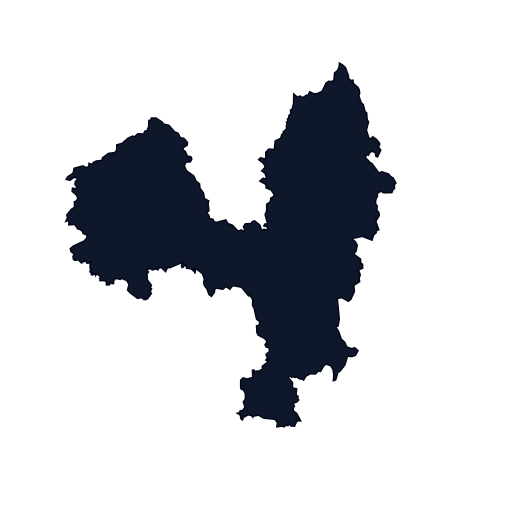 Myitkyina, Kachin, Myanmar, rotated 334°
{"feature_id": "60261553B87045265182451", "entity_name": "Myitkyina", "entity_type": "district", "adm_level": 2, "iso_a3": "MMR", "parent_name": "Myanmar", "parent_adm1": "Kachin", "projection": "albers", "projection_center": [97.226, 25.827], "detail": "fine", "context": "isolated", "style": "filled", "palette": "ink", "viewbox_px": 512, "rotation_deg": 334, "n_neighbors": 0, "source": "geoboundaries", "source_scale": "gbopen_adm2", "svg_char_len": 6138}
<svg xmlns="http://www.w3.org/2000/svg" viewBox="0 0 512 512"><g transform="rotate(334 256 256)"><path d="M273.3,402.3L278.9,396.2L280.7,396.5L288.1,392.9L294.3,386.2L298.0,388.4L301.8,388.9L306.2,385.8L304.4,381.6L301.5,381.4L297.7,377.5L297.9,372.4L296.2,368.1L297.2,359.8L296.5,354.6L299.0,354.9L303.2,349.2L310.4,329.9L314.8,330.9L319.2,337.2L322.3,336.5L328.8,331.1L331.1,325.3L337.9,324.5L338.9,321.4L341.5,318.5L342.0,313.5L346.6,313.7L348.1,310.1L347.1,308.2L348.6,304.6L344.7,297.1L348.1,295.4L351.7,290.8L351.6,286.8L349.7,282.4L360.1,284.9L367.2,292.6L370.9,288.7L374.2,287.8L375.1,286.1L377.9,286.2L378.8,277.4L384.5,273.7L385.5,271.1L384.8,267.6L386.9,264.2L386.3,261.5L388.3,257.9L391.6,255.3L391.3,254.2L393.1,252.9L396.6,252.5L398.5,255.2L405.9,258.6L408.8,256.0L410.0,256.2L411.6,252.6L413.7,251.8L413.5,245.8L412.1,244.3L411.1,240.4L405.9,235.3L402.9,235.5L400.9,224.3L400.1,222.4L398.5,222.3L399.2,220.4L397.5,216.2L399.1,213.1L401.2,214.7L404.1,212.6L406.7,213.1L408.5,215.8L407.5,219.0L408.7,220.3L414.6,215.4L413.7,211.3L415.5,210.8L416.5,209.0L415.5,204.1L413.2,200.0L411.1,200.9L409.1,200.0L410.4,191.3L416.0,184.7L415.7,182.2L418.2,175.9L417.3,174.1L418.8,166.8L417.8,164.4L418.6,157.1L420.5,155.3L421.6,152.0L421.6,149.3L419.2,143.7L420.2,140.4L418.4,139.9L416.9,137.5L418.1,134.6L419.0,125.8L417.6,122.3L415.5,119.2L413.7,122.4L410.6,125.0L406.9,125.9L403.0,132.2L400.4,132.4L398.0,130.8L394.8,131.3L387.5,137.0L382.1,136.8L378.9,135.4L376.3,131.9L373.2,134.4L372.2,133.6L367.4,134.1L365.6,131.4L363.0,131.6L360.9,126.9L356.9,134.9L353.3,139.5L350.9,140.1L349.8,143.2L347.2,144.1L345.4,146.7L344.3,146.6L343.9,148.5L341.9,149.3L342.1,151.3L340.7,151.7L339.0,155.3L334.9,156.3L334.5,157.7L332.5,158.1L329.8,161.0L323.7,161.0L319.2,168.3L314.4,165.5L310.2,167.1L307.9,171.9L306.4,172.7L303.3,169.7L300.6,170.5L303.1,175.5L303.6,178.9L302.7,180.4L298.4,182.0L300.3,185.3L299.9,189.4L298.4,191.2L296.3,189.1L292.3,190.4L296.3,196.1L294.9,199.2L298.5,203.3L299.3,208.9L297.6,210.3L294.7,210.4L292.5,213.6L288.3,214.1L285.3,220.2L282.3,222.8L280.7,231.2L279.7,232.2L278.3,231.1L276.2,232.3L279.0,235.0L278.6,236.7L276.6,237.1L274.9,235.4L273.9,235.5L273.9,236.6L272.3,235.5L273.0,229.7L270.1,223.8L267.7,223.4L266.1,224.7L260.5,222.4L257.6,224.0L257.2,227.6L255.8,228.6L254.0,225.9L251.9,226.2L250.5,224.8L248.3,217.9L245.0,214.5L244.7,210.3L234.8,208.4L233.2,206.2L233.5,204.4L230.4,201.4L231.4,199.8L230.9,195.5L233.6,194.6L235.9,187.9L237.7,185.8L234.8,181.6L236.4,176.5L235.4,170.3L236.9,166.5L235.0,162.5L235.1,156.6L231.0,149.2L230.9,145.4L231.5,143.2L234.0,141.0L238.4,142.6L240.9,140.6L241.0,138.1L238.1,136.3L238.3,131.1L236.9,128.4L238.1,126.8L242.6,126.3L244.2,124.0L242.7,118.5L239.8,116.6L239.8,111.5L237.3,108.8L235.0,100.3L230.6,96.8L230.5,94.7L226.6,88.1L222.3,86.1L221.7,87.6L219.1,87.2L216.1,92.9L214.5,93.9L214.4,95.5L210.8,95.1L208.5,97.1L203.4,94.3L199.4,95.6L197.5,94.1L192.4,94.0L185.1,96.1L179.6,95.0L177.0,100.0L174.3,101.1L168.4,99.1L161.2,100.4L159.3,102.5L154.1,100.6L150.7,100.6L149.2,102.0L146.5,99.5L145.0,102.3L142.1,102.1L139.9,99.1L131.0,97.4L127.8,101.5L121.6,102.2L118.9,103.9L122.0,106.4L127.4,105.5L129.3,108.0L129.0,109.2L126.5,109.7L124.7,111.9L125.2,116.3L123.7,116.6L120.8,114.6L119.1,117.2L121.3,122.7L121.1,126.3L118.3,127.8L116.5,127.6L114.3,132.6L110.5,133.1L103.8,136.2L103.5,138.8L100.3,141.5L102.3,141.7L103.0,143.3L101.3,145.9L106.9,148.2L107.7,153.6L109.7,155.3L110.9,158.1L110.4,159.8L113.1,163.0L112.2,165.5L108.1,167.2L96.3,166.9L92.2,168.0L91.7,171.1L93.6,174.7L91.4,176.0L90.4,179.0L91.2,180.4L94.7,181.6L96.0,185.8L99.6,185.4L101.4,186.4L100.6,187.7L101.5,188.8L104.0,188.9L101.5,194.4L103.0,195.2L101.9,195.2L102.6,196.3L101.4,195.9L99.8,197.3L100.5,198.3L99.9,200.6L100.8,200.9L101.0,199.1L102.0,201.0L103.5,200.7L101.9,201.5L104.1,201.9L103.5,203.1L105.5,202.1L107.1,207.1L105.4,207.8L105.9,208.9L105.0,209.7L109.4,212.0L110.2,213.6L108.9,216.4L109.8,216.9L110.2,215.9L111.5,217.7L113.7,216.4L115.4,218.3L116.3,218.0L116.0,216.8L119.8,214.5L124.0,217.6L125.2,216.9L129.1,221.4L129.4,225.8L125.6,230.3L126.5,233.4L130.9,242.1L135.1,243.2L136.2,246.0L137.7,246.8L139.9,246.8L145.5,243.8L145.5,241.2L147.7,239.8L147.1,238.1L149.2,236.5L147.9,229.9L150.0,224.7L152.3,223.1L151.3,220.8L152.5,219.9L153.8,221.1L155.4,220.3L156.6,223.1L159.9,223.5L161.9,225.5L163.0,224.2L165.9,224.9L167.9,230.4L171.4,227.5L173.2,228.7L187.2,229.5L184.7,232.0L184.5,234.0L186.0,234.2L187.7,232.3L188.2,233.7L189.4,233.8L188.2,236.5L192.2,239.3L193.9,243.5L193.5,245.1L195.6,241.9L194.0,239.8L194.6,239.4L197.3,242.5L200.1,248.5L199.5,254.0L197.0,257.4L196.7,260.1L197.5,264.0L196.8,269.8L198.2,272.8L202.7,270.4L204.5,267.5L206.7,267.7L211.4,271.3L215.9,270.4L217.8,274.4L222.2,272.5L229.3,277.7L231.8,288.5L233.5,289.6L233.9,293.8L231.2,299.0L231.4,302.2L228.8,312.9L230.6,317.1L228.4,319.6L225.9,318.9L223.2,325.3L223.3,328.2L227.5,333.8L228.6,337.7L225.2,339.7L225.2,342.4L227.4,343.9L226.4,347.7L222.1,348.7L221.4,350.8L222.3,352.2L219.2,353.8L220.0,355.1L220.9,355.2L221.2,353.7L222.5,354.9L220.4,356.4L213.3,357.9L212.4,360.4L208.1,360.7L207.6,361.6L207.0,360.0L204.7,359.6L204.2,357.6L202.8,357.1L199.7,363.8L194.1,362.6L191.0,359.9L187.8,360.9L184.4,367.8L184.4,369.5L186.0,370.6L186.1,375.1L183.7,380.0L180.7,381.5L179.8,387.0L176.2,389.1L173.9,388.1L172.7,389.6L170.3,389.1L172.2,392.2L171.1,395.5L171.8,397.4L174.3,395.5L179.5,395.4L181.9,397.4L182.5,399.5L183.1,398.7L188.5,400.2L191.8,405.1L201.4,411.0L202.2,415.3L199.8,418.7L205.0,420.4L206.2,421.9L209.4,421.1L210.2,422.4L212.4,422.0L213.3,422.8L212.7,423.9L216.0,425.9L220.3,422.2L223.9,423.7L223.5,415.0L221.8,412.0L222.8,408.6L224.6,408.1L225.0,404.4L228.4,405.2L231.3,404.1L231.0,402.5L232.3,400.4L231.3,400.0L231.4,397.8L234.3,393.2L230.9,390.5L233.3,386.0L231.9,379.4L232.7,378.5L234.6,379.3L234.8,380.7L236.3,380.9L236.2,380.1L237.7,382.2L239.9,382.7L240.8,384.9L242.7,386.6L243.8,386.2L244.4,388.4L248.1,385.9L253.2,385.7L257.8,388.1L261.6,386.6L263.3,388.1L268.8,384.4L271.6,383.9L275.0,387.3L275.5,391.5L273.8,397.1L270.8,402.0L273.3,402.3Z" fill="#0f172a" stroke="#020617" stroke-width="1.5"/></g></svg>